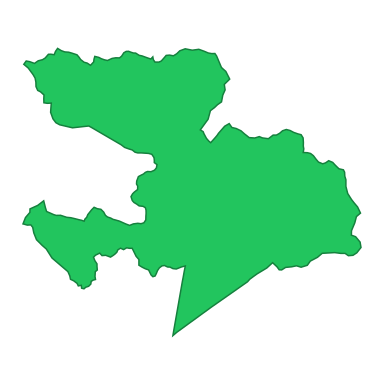 Anápolis, Goiás, Brazil (orthographic projection)
{"feature_id": "56859067B45329954534433", "entity_name": "Anápolis", "entity_type": "district", "adm_level": 2, "iso_a3": "BRA", "parent_name": "Brazil", "parent_adm1": "Goiás", "projection": "orthographic", "projection_center": [-49.011, -16.306], "detail": "fine", "context": "isolated", "style": "filled", "palette": "green", "viewbox_px": 384, "rotation_deg": 0, "n_neighbors": 0, "source": "geoboundaries", "source_scale": "gbopen_adm2", "svg_char_len": 3958}
<svg xmlns="http://www.w3.org/2000/svg" viewBox="0 0 384 384"><path d="M216.6,56.0L214.9,53.5L211.8,53.6L208.3,53.0L204.3,51.3L198.8,49.3L192.3,50.2L185.2,48.8L179.8,50.8L176.7,53.8L173.4,55.8L169.6,55.1L166.2,55.4L164.4,57.5L161.3,61.0L158.9,62.1L155.0,62.1L153.3,59.6L152.8,56.9L150.8,59.0L147.5,57.9L142.0,55.9L139.1,55.3L135.7,53.1L133.4,53.0L130.9,52.2L128.6,51.3L126.2,51.4L123.8,52.8L121.6,56.2L119.5,57.9L115.7,57.8L112.1,58.4L107.5,60.5L104.4,59.8L101.3,58.7L98.8,57.4L94.8,56.4L94.0,59.2L93.7,61.9L90.5,65.3L87.2,63.1L84.0,62.2L80.6,59.5L79.1,57.3L77.0,54.8L71.8,53.1L68.7,52.2L64.7,51.9L61.2,50.6L57.6,48.4L55.5,51.4L54.2,54.7L50.8,54.2L48.4,54.3L45.2,58.0L42.5,59.7L38.2,60.8L34.5,63.4L29.5,61.6L26.2,61.0L23.8,64.3L28.2,68.0L33.0,74.5L35.1,78.1L35.9,82.3L36.0,86.6L37.7,90.4L40.5,91.8L44.0,95.0L43.8,98.7L43.9,102.8L47.3,103.3L51.3,103.1L51.0,106.8L50.6,112.3L53.0,118.9L55.9,122.7L59.7,124.8L72.5,127.8L85.0,126.4L88.8,126.0L91.7,127.6L121.2,144.8L124.6,147.4L128.5,148.8L132.3,150.0L135.0,152.2L137.7,152.9L141.0,152.9L148.5,153.4L151.8,154.3L154.0,157.6L154.3,160.1L154.3,162.6L157.0,164.6L156.4,167.9L154.5,170.2L151.0,171.7L147.5,171.5L145.3,172.4L143.5,174.0L141.2,175.1L138.4,176.6L136.7,181.1L136.5,184.0L137.7,186.1L137.6,189.5L134.3,192.1L132.6,193.8L131.0,196.6L132.3,200.6L134.0,202.5L136.7,204.1L139.1,205.9L142.9,206.3L145.3,207.6L146.0,209.9L146.1,213.2L145.9,216.1L145.8,219.9L143.9,222.8L141.0,223.7L137.8,223.3L133.3,223.9L129.6,225.4L125.9,224.0L123.4,222.9L119.4,221.1L115.2,219.9L112.9,219.3L110.8,218.1L107.5,217.0L105.4,215.3L103.7,212.1L100.9,209.3L97.3,208.7L94.1,207.3L91.6,209.8L87.8,214.6L86.7,217.3L85.0,219.0L84.1,221.2L81.6,220.3L79.3,219.8L74.2,218.5L70.7,217.7L66.7,217.3L60.6,215.3L56.3,215.4L53.9,214.7L50.3,213.1L46.6,211.5L45.4,207.6L43.7,200.8L37.7,205.4L30.0,208.9L29.9,212.4L25.5,217.5L23.0,223.9L27.3,225.1L30.8,224.9L32.7,227.3L33.8,232.9L36.5,239.7L42.3,245.5L46.3,249.0L52.0,258.0L67.9,271.6L69.8,275.9L70.5,279.3L73.7,280.8L77.1,283.4L78.3,285.9L81.3,285.3L81.6,288.2L84.0,288.8L85.8,287.2L88.6,286.3L90.8,284.1L91.2,281.4L93.2,280.1L95.5,279.5L95.0,276.5L95.3,271.7L97.3,270.0L97.0,266.4L97.0,263.9L94.9,260.7L93.5,257.2L95.5,255.2L99.7,253.1L102.0,255.6L105.7,255.3L110.5,257.1L112.6,255.8L114.7,254.3L116.8,252.3L117.8,249.9L120.5,248.2L123.6,249.6L126.7,247.8L129.3,248.3L132.2,248.3L134.5,253.0L136.1,256.3L138.9,259.5L138.9,265.2L142.2,267.2L145.4,268.8L148.6,269.9L151.1,275.0L152.9,276.7L155.1,276.0L156.4,273.4L157.5,270.6L159.4,267.8L162.0,265.9L164.5,265.5L167.6,267.0L170.0,267.1L172.9,268.6L176.3,269.0L181.6,266.9L185.3,266.0L184.3,271.0L183.1,277.7L182.5,280.7L181.9,284.1L181.5,286.4L173.6,331.4L172.9,335.6L176.9,332.2L211.1,307.3L247.5,281.8L249.8,279.2L253.3,276.6L257.2,273.8L266.8,268.0L272.6,262.7L277.0,266.8L279.2,269.8L281.7,269.9L285.6,267.4L291.7,266.8L296.5,265.8L301.1,267.2L307.3,265.3L310.3,261.1L317.5,257.3L322.2,253.3L334.7,252.6L340.9,253.4L345.1,253.4L348.4,255.7L353.0,255.3L356.8,252.8L361.0,247.5L360.1,242.1L355.6,236.7L351.4,235.2L351.5,230.7L354.8,222.8L356.4,216.6L360.5,213.1L357.6,207.0L353.9,202.6L351.5,199.5L347.7,193.5L345.9,186.4L345.9,179.7L344.8,176.2L344.6,172.2L343.4,169.8L339.0,168.8L337.0,166.9L334.9,164.8L332.7,162.4L328.7,160.7L325.5,162.9L322.7,163.8L318.5,162.1L316.2,159.4L313.4,155.7L310.6,153.5L307.4,152.7L303.2,152.5L303.8,148.9L303.3,146.1L303.4,142.5L303.1,137.9L301.1,134.7L298.0,133.9L293.7,132.4L290.1,130.5L286.3,129.5L282.5,130.8L279.6,133.3L276.4,135.1L273.1,135.1L268.4,138.7L262.4,137.9L259.3,136.6L254.8,138.0L249.1,137.6L246.7,135.6L244.6,134.0L241.0,130.8L236.2,128.5L231.9,127.5L229.2,123.6L224.7,126.2L218.5,133.3L217.1,135.4L215.5,137.3L210.7,142.7L208.7,141.0L206.4,138.3L204.0,133.8L203.1,131.6L200.3,129.9L208.1,119.2L210.4,110.7L214.7,107.4L217.5,104.7L221.5,101.9L222.8,95.1L225.1,89.9L224.3,84.4L229.7,79.1L225.8,71.4L223.2,69.1L221.4,67.4L216.6,56.0Z" fill="#22c55e" stroke="#15803d" stroke-width="1.5"/></svg>